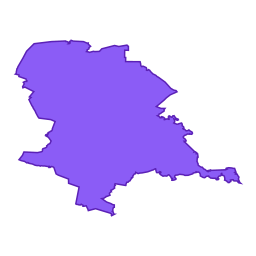 Rušonas pag., Riebinu, Latvia (Robinson projection)
{"feature_id": "27541924B29879991166878", "entity_name": "Rušonas pag.", "entity_type": "district", "adm_level": 2, "iso_a3": "LVA", "parent_name": "Latvia", "parent_adm1": "Riebinu", "projection": "robinson", "projection_center": [26.972, 56.22], "detail": "fine", "context": "isolated", "style": "filled", "palette": "violet", "viewbox_px": 256, "rotation_deg": 0, "n_neighbors": 0, "source": "geoboundaries", "source_scale": "gbopen_adm2", "svg_char_len": 5866}
<svg xmlns="http://www.w3.org/2000/svg" viewBox="0 0 256 256"><path d="M235.9,172.0L234.6,168.4L232.8,168.3L232.1,168.0L228.7,167.7L226.3,168.2L226.0,168.8L226.9,169.2L225.6,169.8L210.8,170.4L210.7,170.0L210.3,169.9L209.9,170.1L210.0,170.8L208.4,170.4L207.6,170.7L207.6,171.1L208.3,171.6L208.1,171.7L207.3,171.3L204.8,169.3L203.8,169.0L202.3,167.2L201.8,167.3L200.3,166.7L198.3,165.3L198.1,164.7L198.1,163.7L197.6,163.0L197.4,162.0L197.0,161.6L197.3,157.8L198.0,157.5L198.0,157.1L197.6,156.8L198.0,156.4L197.6,153.8L196.5,153.7L196.9,153.2L196.7,152.7L195.9,152.6L195.7,152.0L195.0,151.7L194.4,151.9L194.6,151.6L194.4,151.4L184.8,142.1L184.2,141.3L184.8,141.3L184.7,141.6L185.0,141.5L186.1,141.0L186.1,140.6L185.3,139.2L183.6,137.9L183.2,137.1L183.3,136.7L184.7,135.3L185.7,135.1L187.4,134.0L189.4,134.2L189.7,133.8L190.0,134.1L191.8,134.3L192.5,133.2L192.1,132.1L190.0,130.9L188.9,129.9L188.1,130.5L186.1,130.8L184.6,129.3L184.1,129.1L183.7,129.3L183.0,128.8L182.9,128.5L183.9,128.1L183.8,127.4L183.5,126.6L182.2,125.8L182.2,124.2L181.9,123.8L181.9,123.4L181.5,123.0L178.8,123.7L178.2,124.1L176.5,124.2L175.5,123.5L174.7,123.5L173.8,123.0L174.3,122.5L174.5,121.7L174.8,121.1L173.9,119.0L174.4,119.3L175.8,119.5L176.7,120.1L177.6,120.3L178.4,119.8L178.0,119.0L176.9,118.8L175.5,117.9L174.5,116.3L174.0,116.0L174.0,115.7L172.7,115.9L172.1,117.0L171.6,117.2L170.9,116.8L170.0,116.7L170.0,116.2L169.5,115.9L168.7,116.1L168.3,117.1L168.9,118.2L169.0,119.3L168.5,119.3L167.2,118.8L164.5,119.7L164.2,119.6L164.3,119.1L164.9,118.9L164.9,118.5L163.6,117.3L161.7,116.6L160.5,117.4L161.0,117.7L160.1,117.8L159.2,116.6L157.4,115.7L158.8,115.1L159.2,113.9L160.6,113.5L161.6,112.6L164.0,111.2L164.2,110.7L163.9,109.9L165.0,108.4L161.0,108.4L156.3,106.6L164.1,100.1L166.4,97.8L170.3,94.8L177.0,91.8L176.1,90.6L173.7,90.1L170.7,88.3L165.1,82.1L158.2,77.1L157.2,76.7L155.8,75.3L152.9,73.9L150.7,71.7L149.6,70.2L148.4,69.6L147.9,70.2L147.2,70.4L146.5,70.2L146.6,68.5L146.2,67.6L143.4,66.3L142.7,66.2L141.9,66.7L141.3,66.2L140.8,65.5L140.6,63.5L140.1,61.7L125.6,61.6L125.7,57.5L124.6,57.4L124.7,50.2L128.4,50.3L128.4,46.3L127.2,45.5L127.0,45.1L118.8,46.5L114.6,45.5L101.8,48.8L99.4,51.4L94.7,51.6L93.5,51.3L89.3,52.4L88.8,52.0L86.7,51.6L87.3,51.1L87.0,50.2L87.1,49.9L89.0,48.8L89.0,47.6L90.6,46.3L88.4,44.3L88.2,44.0L88.3,43.0L87.0,43.1L83.5,41.6L73.2,41.1L71.1,40.3L70.8,40.9L69.5,41.5L69.4,41.9L70.0,42.3L70.1,42.7L69.8,43.4L69.0,43.7L68.3,43.7L68.9,43.1L67.7,41.9L66.9,41.5L65.8,41.5L65.6,41.0L51.5,41.6L34.1,43.7L26.6,51.2L22.9,58.2L17.9,66.8L17.5,68.1L17.0,68.6L16.3,71.9L16.2,73.5L15.4,74.1L19.0,75.0L18.9,76.5L26.0,79.0L26.3,80.1L26.9,80.6L26.8,81.4L24.8,81.5L23.3,82.3L24.1,83.4L24.1,84.1L22.6,86.7L22.9,87.8L24.9,87.1L33.8,91.6L29.4,96.9L31.0,97.5L28.9,99.5L32.0,105.9L32.8,106.8L33.0,107.7L35.2,111.2L35.9,112.9L38.0,116.8L39.0,118.1L50.8,119.6L55.1,121.5L52.3,128.9L52.4,129.5L51.5,131.0L50.5,131.2L49.9,131.8L48.1,132.6L47.8,133.6L48.2,133.8L47.6,134.4L47.5,135.1L46.9,134.8L46.7,134.4L45.8,134.8L46.0,135.3L45.6,135.7L48.4,137.3L51.1,141.0L49.9,143.6L48.2,144.3L47.1,145.7L46.7,145.8L46.8,146.9L45.8,147.7L42.9,148.7L42.5,149.4L42.5,150.7L42.2,151.4L41.7,151.7L37.5,152.6L23.9,152.0L22.5,155.3L19.0,159.7L21.1,160.6L24.6,161.4L26.8,162.9L27.1,163.0L27.8,162.5L28.5,162.7L28.8,163.3L32.4,164.0L35.0,165.2L37.1,165.6L38.8,165.5L40.4,166.1L41.0,165.7L43.4,166.0L44.2,165.9L47.7,166.5L49.5,166.3L49.9,166.6L48.9,166.9L48.7,167.1L48.9,167.5L50.3,167.4L51.5,166.5L52.8,166.8L53.9,167.5L56.1,173.9L58.2,175.1L68.5,179.0L68.6,183.3L79.1,187.0L75.8,203.9L76.7,204.4L77.9,204.5L79.0,204.9L80.6,204.9L80.9,204.4L81.5,204.3L81.9,204.8L83.1,205.3L83.3,205.6L83.0,206.2L83.6,206.3L86.2,205.8L87.8,209.0L88.3,210.6L95.6,208.7L110.4,213.2L111.2,213.7L111.6,214.5L111.3,215.1L111.6,215.7L114.5,214.2L113.6,214.1L113.7,213.6L112.9,211.3L112.4,211.2L112.9,210.5L112.8,209.4L113.4,207.5L114.3,207.3L114.3,204.9L112.7,204.6L111.0,203.6L106.6,202.0L101.8,198.6L103.8,198.3L105.0,197.4L105.7,197.2L106.1,196.4L107.2,196.3L110.0,195.2L109.4,193.6L109.5,193.1L111.1,191.7L111.4,191.7L110.9,190.3L112.4,189.7L114.7,188.0L114.3,187.2L114.5,186.3L115.3,185.4L114.7,184.9L115.1,183.7L125.8,185.5L125.9,185.4L125.8,184.8L126.7,182.3L128.1,182.2L128.8,181.3L130.0,180.8L130.9,179.2L132.0,178.0L131.7,177.7L132.9,177.1L132.8,176.0L134.3,174.0L135.4,173.8L135.7,172.3L138.1,173.6L139.6,173.1L142.1,172.9L147.8,171.8L152.4,170.1L153.1,170.0L154.7,169.0L155.6,168.8L156.0,170.8L156.5,172.4L156.9,172.7L158.7,172.5L159.7,171.6L160.7,171.9L160.9,172.5L160.6,173.0L159.7,173.3L159.6,173.7L160.6,174.7L163.0,176.2L164.6,175.9L165.8,175.9L166.1,176.1L167.0,176.0L168.4,174.8L168.9,174.8L170.7,176.7L171.3,178.1L171.6,178.4L172.5,178.4L171.9,179.5L171.8,180.2L172.7,180.3L174.6,179.9L175.9,179.3L176.0,178.5L174.9,177.5L174.7,176.3L175.1,175.5L175.6,175.2L177.7,175.0L179.6,174.3L183.4,174.7L184.9,175.4L188.1,175.3L192.5,173.9L193.0,173.6L193.2,173.0L196.0,172.5L195.9,171.9L196.1,171.7L197.1,172.2L198.1,172.0L199.2,172.4L199.9,173.3L200.3,174.6L200.3,175.9L203.2,177.5L204.7,177.7L205.5,177.2L206.2,176.4L208.7,176.0L208.9,176.4L208.9,176.8L209.9,177.4L210.5,178.0L212.8,178.3L215.8,178.3L215.9,179.1L216.1,179.4L216.5,179.3L216.6,179.7L218.0,179.7L218.7,179.2L218.8,178.8L218.1,178.1L217.6,178.2L217.6,177.7L219.2,176.0L220.2,176.0L220.8,175.7L221.2,174.8L221.3,173.6L221.7,173.4L222.3,175.3L223.6,175.6L224.3,176.2L224.8,178.3L224.8,179.6L224.6,180.1L226.7,181.0L227.0,181.6L227.8,182.0L228.2,182.6L229.4,182.5L229.7,182.0L230.8,181.5L230.9,180.8L230.5,180.1L232.1,179.7L233.3,179.8L233.4,180.0L233.2,180.2L233.3,180.5L234.0,180.9L237.3,181.0L237.9,181.4L237.8,181.9L238.7,182.8L240.6,183.2L239.8,182.5L238.4,179.0L238.9,177.5L238.8,176.8L237.7,175.5L237.3,174.4L235.8,174.1L236.4,173.6L235.6,173.0L234.8,172.6L235.3,172.3L235.3,172.0L235.9,172.0Z" fill="#8b5cf6" stroke="#5b21b6" stroke-width="1.5"/></svg>